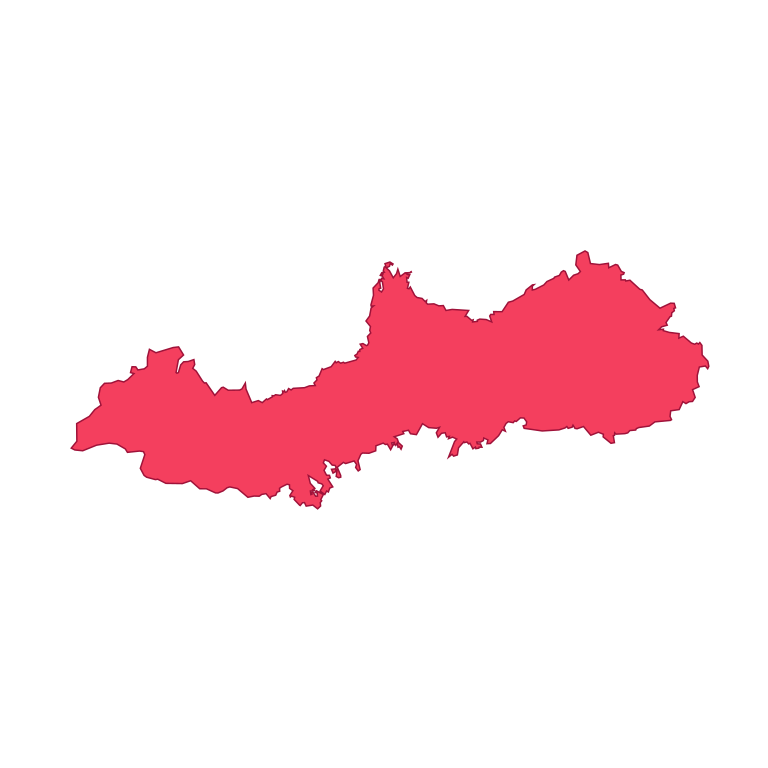 Zagra, Bistrita-Nasaud, Romania (Mercator projection), rotated 255°
{"feature_id": "2599482B99708604172426", "entity_name": "Zagra", "entity_type": "district", "adm_level": 2, "iso_a3": "ROU", "parent_name": "Romania", "parent_adm1": "Bistrita-Nasaud", "projection": "mercator", "projection_center": [24.263, 47.416], "detail": "fine", "context": "isolated", "style": "filled", "palette": "rose", "viewbox_px": 768, "rotation_deg": 255, "n_neighbors": 0, "source": "geoboundaries", "source_scale": "gbopen_adm2", "svg_char_len": 6151}
<svg xmlns="http://www.w3.org/2000/svg" viewBox="0 0 768 768"><g transform="rotate(255 384 384)"><path d="M352.7,685.5L352.0,680.7L356.3,682.1L360.0,672.9L363.3,667.5L364.6,668.1L365.3,663.3L367.4,667.0L367.5,672.8L370.4,672.3L375.0,677.7L375.1,679.2L378.3,680.4L379.6,683.4L382.0,683.5L382.1,685.3L386.8,685.2L387.9,681.8L385.8,670.2L396.7,662.6L408.0,657.8L409.3,655.6L420.6,648.4L420.9,644.2L422.1,644.1L423.2,639.9L427.9,641.0L428.1,643.9L429.4,644.8L431.3,642.4L438.4,640.5L439.5,638.6L438.1,631.2L442.5,632.0L443.6,623.0L446.9,614.6L458.2,614.9L460.5,612.6L458.4,603.7L449.4,600.1L441.8,602.8L440.3,600.0L440.0,595.3L436.6,589.4L445.8,588.2L447.0,586.7L446.2,584.2L443.5,581.5L443.1,576.4L442.1,575.4L440.8,567.9L438.3,564.0L436.3,554.6L436.4,551.6L440.1,552.6L441.1,554.6L441.3,553.0L438.1,545.7L434.2,542.6L430.8,529.8L430.8,525.3L423.3,516.8L425.5,508.7L422.7,508.3L423.6,505.1L422.3,503.7L416.1,504.1L419.8,499.4L421.9,493.3L421.5,490.6L420.3,490.4L421.0,485.7L422.9,486.7L422.7,485.2L427.9,481.6L428.3,479.8L433.1,484.8L438.4,469.1L439.0,462.9L444.4,461.6L445.3,457.2L448.5,453.0L449.8,446.8L451.4,445.8L453.7,446.8L453.0,445.1L456.8,442.9L459.0,438.3L461.5,436.6L470.9,434.5L469.5,432.8L470.3,431.4L475.8,434.3L476.3,432.6L481.0,433.4L479.9,434.7L483.0,437.2L483.7,434.9L485.5,433.7L484.7,437.7L485.0,439.4L485.5,439.3L484.9,437.7L485.9,433.2L483.7,427.5L491.3,427.1L487.3,424.6L484.2,420.4L491.8,418.6L495.7,416.2L496.2,419.7L498.7,421.2L496.7,422.9L497.6,423.8L500.3,421.3L500.0,416.1L497.4,416.2L496.8,414.4L493.4,412.6L491.9,413.2L492.1,410.7L489.9,408.5L489.0,409.8L491.3,412.0L488.9,410.2L485.7,411.1L486.7,409.1L484.4,407.8L483.2,408.9L476.0,408.1L473.5,405.4L476.0,403.3L477.4,404.0L477.4,405.6L483.0,406.1L485.8,407.9L486.2,406.3L483.4,404.6L479.5,398.3L472.4,396.8L463.7,391.8L462.5,391.8L462.1,394.1L460.7,391.2L453.4,387.7L449.5,382.9L443.0,385.8L439.5,384.1L436.7,384.4L434.2,380.3L427.7,380.0L425.7,378.1L425.6,377.0L428.5,374.1L428.6,371.3L424.0,372.7L423.6,369.6L421.8,369.1L422.3,367.7L419.9,365.7L419.1,363.2L417.5,363.5L416.3,365.9L414.4,363.2L414.3,351.4L415.5,350.5L415.3,347.5L417.5,345.7L416.9,343.3L418.5,342.7L414.4,337.5L413.6,329.2L414.8,328.2L408.5,323.3L407.6,320.3L405.3,320.3L403.1,316.6L400.3,317.2L401.5,311.4L401.0,306.3L403.3,295.2L402.3,292.7L404.3,290.7L401.6,288.1L401.5,286.4L403.4,286.2L402.6,285.1L403.4,284.2L401.1,283.8L399.8,281.0L401.7,276.5L401.1,274.7L401.7,273.0L400.5,272.9L399.1,267.3L400.0,266.6L397.5,261.6L400.5,258.3L400.2,251.4L414.8,249.4L420.8,250.3L416.0,245.5L415.5,242.9L418.3,231.9L422.5,227.9L422.5,226.1L416.8,217.6L431.2,212.5L431.4,210.8L433.7,209.5L445.1,205.9L448.6,203.3L451.8,206.2L456.8,206.7L456.4,200.7L457.3,196.2L455.1,192.6L448.3,188.4L448.0,186.8L448.9,186.1L460.7,191.7L463.9,197.9L473.0,195.2L473.8,189.8L473.2,171.8L478.2,166.4L471.0,162.4L462.4,160.1L460.7,156.4L461.3,149.9L464.8,148.7L465.9,145.1L460.6,142.1L458.8,145.2L454.6,137.7L453.3,133.2L456.2,128.1L455.5,120.8L457.0,114.2L453.8,109.0L445.1,104.7L436.8,105.2L434.1,98.0L429.0,91.0L425.3,76.9L408.2,72.5L403.0,65.3L400.3,68.3L397.5,75.7L399.3,90.5L398.0,103.2L395.1,110.5L388.3,117.3L384.4,118.5L382.5,130.5L380.9,134.2L377.7,134.7L365.6,126.8L357.8,128.6L355.4,130.6L350.8,138.5L350.6,140.8L344.5,147.6L340.0,163.5L340.6,172.2L330.5,178.9L328.7,185.4L322.4,193.1L321.7,195.5L322.4,200.9L324.4,205.6L324.5,208.4L320.9,215.5L309.8,223.2L309.4,229.5L307.9,234.5L309.0,237.4L308.6,241.7L302.8,244.4L304.5,245.8L304.6,250.6L307.3,252.8L307.4,255.5L310.3,256.1L311.1,258.3L312.3,264.4L311.1,266.6L307.6,265.8L304.5,268.4L300.7,264.2L299.1,264.3L299.6,265.7L297.7,268.4L295.8,267.3L288.8,271.1L288.3,271.6L290.4,274.5L290.0,276.5L286.2,277.2L285.5,283.9L280.6,287.6L282.6,291.2L285.9,291.7L287.3,293.6L288.7,293.0L292.9,296.8L298.3,291.2L297.0,289.5L296.0,291.3L292.9,290.7L293.3,288.9L297.8,287.4L297.9,286.2L296.1,285.8L296.1,284.7L299.7,285.2L298.9,290.0L300.4,288.1L301.1,290.2L307.1,287.1L315.2,287.2L307.2,294.7L305.6,294.8L303.7,298.0L301.5,299.0L297.2,294.6L292.6,298.2L295.5,300.9L294.1,302.3L297.5,304.7L297.9,307.9L306.7,305.1L307.2,307.8L309.9,307.7L310.8,304.9L316.1,303.7L319.5,307.1L323.5,305.0L326.2,306.9L323.5,310.8L319.1,312.9L318.0,315.7L316.1,316.2L314.6,315.0L315.2,311.2L311.1,311.7L311.9,314.7L313.9,315.4L313.6,316.6L307.1,313.9L305.2,315.9L305.2,318.1L306.9,318.5L315.7,317.3L318.8,324.5L317.1,326.3L317.4,335.2L313.4,336.7L310.7,335.0L306.7,336.6L307.5,338.8L316.6,339.0L322.1,343.4L322.9,345.3L321.0,351.6L321.6,358.7L326.4,360.2L327.1,367.9L325.2,369.7L325.0,371.7L318.8,373.4L321.8,376.2L325.1,376.2L324.9,378.8L322.6,377.4L322.8,379.2L321.7,379.5L323.5,381.5L319.3,381.2L319.4,382.7L316.6,383.6L319.3,385.6L323.6,382.9L327.6,382.6L330.4,380.2L330.9,390.3L333.3,389.8L333.0,395.7L329.1,396.7L326.7,402.2L335.7,410.9L330.3,415.9L327.7,423.2L327.8,426.4L323.3,421.9L318.6,422.4L321.5,426.8L321.1,430.5L316.7,430.8L316.5,433.6L314.5,432.2L314.9,436.5L312.0,440.0L310.2,437.3L296.6,427.4L298.5,431.5L296.3,432.6L296.5,436.5L303.1,439.5L307.5,446.1L306.6,446.3L306.5,449.1L304.2,450.3L304.4,451.7L298.4,453.1L299.4,456.0L297.8,456.0L297.5,459.0L298.4,459.5L297.6,462.2L301.1,461.7L302.1,458.6L303.9,458.6L302.9,462.2L303.7,465.4L306.0,466.4L303.1,469.9L299.7,468.0L299.0,471.4L304.4,481.3L309.2,486.4L307.0,489.0L311.1,488.6L314.3,491.7L315.4,494.3L313.2,498.8L314.5,500.6L313.6,502.1L316.0,507.0L314.9,510.4L310.6,512.0L307.7,510.8L307.5,507.6L304.9,507.9L297.7,524.7L294.4,541.1L294.7,547.5L295.6,549.6L293.5,550.4L293.6,554.6L295.3,555.9L291.7,557.0L290.8,558.9L291.3,565.7L281.0,570.5L281.9,578.6L278.7,582.9L276.2,582.0L268.0,587.9L267.7,591.4L274.7,592.1L274.8,593.4L277.1,594.2L275.5,595.2L273.7,603.9L273.7,606.8L275.4,609.4L274.4,615.2L275.6,616.2L276.0,618.9L274.7,629.4L277.3,635.9L274.7,651.2L275.1,652.5L278.7,651.9L283.9,654.0L282.9,662.5L289.6,668.1L286.9,670.6L287.9,674.1L287.3,677.5L290.5,681.1L298.7,680.6L299.9,687.7L304.9,687.2L311.2,688.8L318.8,693.0L318.2,699.1L315.0,700.6L317.0,702.3L322.2,702.7L329.7,698.8L339.0,701.1L342.3,699.8L341.2,698.1L342.6,696.7L342.0,694.4L344.0,691.5L352.7,685.5Z" fill="#f43f5e" stroke="#9f1239" stroke-width="1.5"/></g></svg>